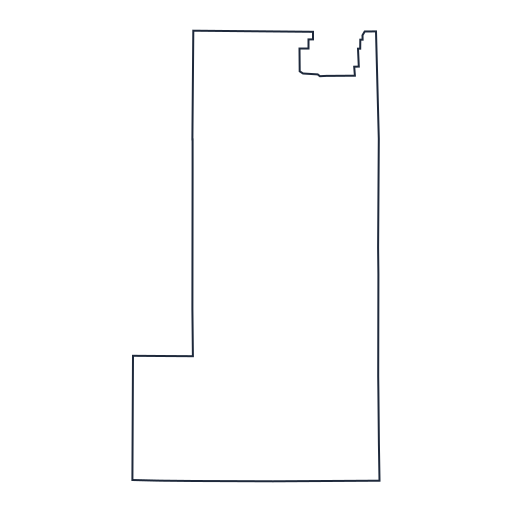 outline of Albany, Wyoming, United States of America
{"feature_id": "52423323B70770360045395", "entity_name": "Albany", "entity_type": "district", "adm_level": 2, "iso_a3": "USA", "parent_name": "United States of America", "parent_adm1": "Wyoming", "projection": "orthographic", "projection_center": [-105.646, 41.715], "detail": "fine", "context": "isolated", "style": "outline", "palette": "slate", "viewbox_px": 512, "rotation_deg": 0, "n_neighbors": 0, "source": "geoboundaries", "source_scale": "gbopen_adm2", "svg_char_len": 610}
<svg xmlns="http://www.w3.org/2000/svg" viewBox="0 0 512 512"><path d="M163.3,480.7L194.0,481.0L272.2,481.3L273.6,481.3L379.5,480.7L378.9,443.6L378.4,392.2L378.2,376.4L378.4,274.3L378.1,247.5L378.8,138.8L376.0,31.4L364.7,31.5L362.5,35.3L362.6,39.7L360.3,39.7L360.2,48.7L358.0,48.7L358.8,66.6L354.2,66.7L354.9,75.7L326.0,75.9L319.9,76.2L317.7,74.4L303.0,73.5L299.7,71.3L299.5,48.5L308.5,48.5L308.5,39.4L313.0,39.4L313.0,31.8L193.3,30.7L192.4,139.4L192.6,139.4L192.6,171.8L192.4,309.0L192.9,356.2L160.0,356.0L133.0,355.8L132.4,480.0L157.0,480.6L163.3,480.7Z" fill="none" stroke="#1e293b" stroke-width="2"/></svg>